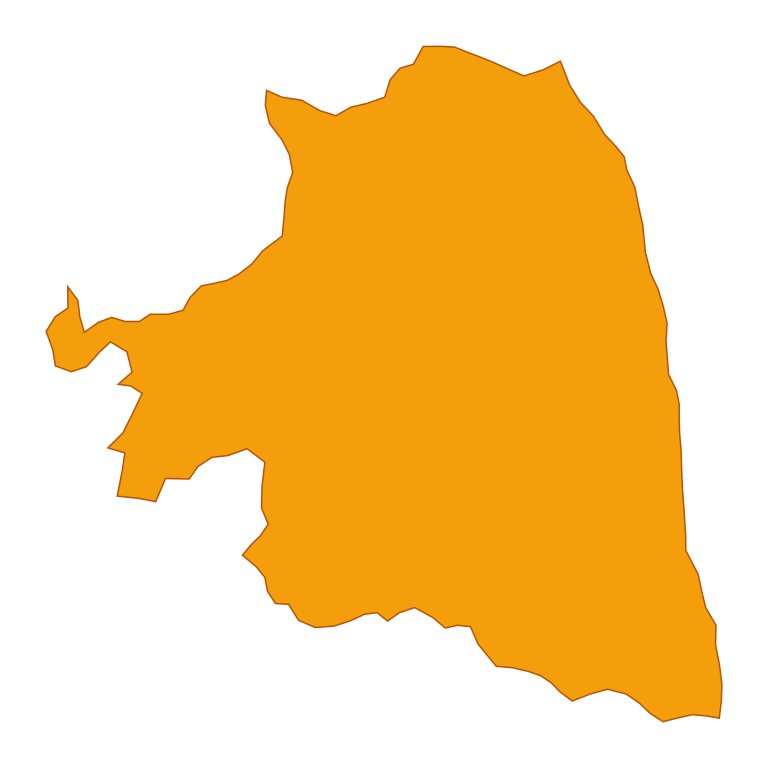 outline of Moeda, Minas Gerais, Brazil
{"feature_id": "56859067B15311257315024", "entity_name": "Moeda", "entity_type": "district", "adm_level": 2, "iso_a3": "BRA", "parent_name": "Brazil", "parent_adm1": "Minas Gerais", "projection": "albers", "projection_center": [-44.004, -20.33], "detail": "fine", "context": "isolated", "style": "filled", "palette": "amber", "viewbox_px": 768, "rotation_deg": 0, "n_neighbors": 0, "source": "geoboundaries", "source_scale": "gbopen_adm2", "svg_char_len": 1998}
<svg xmlns="http://www.w3.org/2000/svg" viewBox="0 0 768 768"><path d="M719.3,718.2L721.4,700.3L721.9,684.3L719.6,665.6L715.5,644.6L716.0,625.3L705.7,607.7L701.6,590.9L698.2,574.4L692.3,563.1L685.8,550.4L685.6,534.4L683.8,506.6L682.5,489.5L681.7,471.9L681.2,452.1L679.7,434.7L679.2,419.6L679.2,404.1L676.3,390.1L668.6,374.7L667.3,358.1L666.0,340.5L667.1,323.4L663.2,306.1L658.0,289.0L650.8,273.6L645.4,252.4L642.8,225.4L638.7,206.9L634.8,187.1L626.8,170.0L624.2,156.8L616.2,146.8L604.4,134.2L593.5,116.3L580.3,102.2L569.7,85.1L560.4,61.2L543.4,69.7L524.0,76.0L508.2,69.1L494.3,62.8L482.1,57.8L466.9,52.1L454.5,47.1L440.5,46.3L423.2,46.5L413.4,64.2L400.0,68.3L390.2,79.6L384.7,97.2L366.4,103.6L351.1,107.1L335.9,115.7L319.9,110.7L301.8,100.3L281.9,97.2L266.6,90.4L265.3,105.2L269.5,123.4L281.9,139.7L289.4,154.5L292.7,172.4L287.3,187.9L285.3,200.5L284.0,217.3L282.2,236.1L262.8,250.7L251.7,264.2L238.8,274.1L227.1,280.4L215.0,283.2L201.3,285.9L190.0,297.5L183.2,310.2L168.5,314.3L150.2,314.3L139.3,321.5L124.9,321.5L111.7,317.4L98.5,322.3L84.3,332.3L79.9,317.1L77.8,300.3L67.8,286.8L68.0,308.0L55.4,316.6L46.1,331.4L52.8,349.6L55.4,365.9L71.2,371.7L86.4,366.7L99.8,351.8L110.4,341.9L126.9,351.8L132.1,372.2L118.2,384.3L130.8,386.0L142.2,393.4L132.4,414.0L122.8,433.1L107.9,447.9L124.9,452.9L122.3,470.5L117.2,496.1L138.4,498.3L155.7,501.6L165.5,478.5L189.2,479.0L198.0,466.4L212.0,457.3L227.7,455.6L247.1,448.7L264.9,462.2L262.1,485.4L261.5,507.9L268.3,524.2L260.3,535.8L251.0,544.9L242.4,555.3L256.1,566.6L264.9,577.4L267.5,591.4L275.5,603.5L288.7,604.3L298.5,620.3L315.3,627.5L333.9,626.1L350.9,620.6L364.3,614.3L377.0,612.6L387.6,621.1L399.5,612.6L414.7,607.6L433.0,617.6L445.2,628.0L457.5,625.3L470.5,626.7L478.2,644.3L487.0,655.0L496.3,666.3L512.5,667.7L528.0,671.3L540.4,675.7L551.0,682.6L559.8,691.7L572.2,701.0L589.7,694.2L607.3,689.2L625.9,693.9L639.3,703.0L649.9,713.2L663.0,721.7L677.8,717.9L692.7,714.6L706.7,716.0L719.3,718.2Z" fill="#f59e0b" stroke="#b45309" stroke-width="1.5"/></svg>